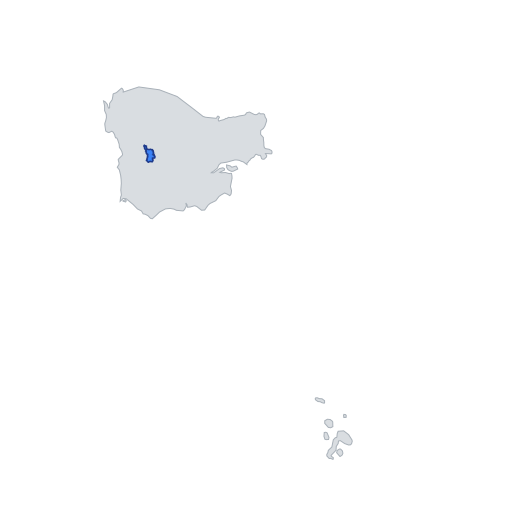 location of Quijos, Napo, Ecuador, rotated 237°
{"feature_id": "8360857B2766573114879", "entity_name": "Quijos", "entity_type": "district", "adm_level": 2, "iso_a3": "ECU", "parent_name": "Ecuador", "parent_adm1": "Napo", "projection": "mercator", "projection_center": [-77.926, -0.452], "detail": "fine", "context": "in_parent", "style": "filled", "palette": "blue", "viewbox_px": 512, "rotation_deg": 237, "n_neighbors": 0, "source": "geoboundaries", "source_scale": "gbopen_adm2", "svg_char_len": 6527}
<svg xmlns="http://www.w3.org/2000/svg" viewBox="0 0 512 512"><g transform="rotate(237 256 256)"><path d="M469.1,212.6L467.6,213.5L464.1,213.9L461.2,213.0L460.1,213.0L460.0,213.9L463.7,216.3L465.4,220.5L468.0,223.0L469.6,224.3L469.7,225.2L469.2,226.9L469.1,228.3L470.0,234.6L469.4,235.0L467.4,235.0L465.8,233.9L461.6,249.8L448.0,265.5L432.7,276.7L414.9,283.1L401.9,287.6L399.8,289.3L393.4,297.3L393.1,298.0L394.0,299.4L394.1,300.3L393.1,300.8L392.3,300.9L391.9,300.4L391.7,299.5L390.8,298.5L389.8,298.2L389.2,298.5L389.2,299.4L387.8,303.6L387.8,305.7L387.2,306.5L387.3,308.4L385.9,310.1L384.9,313.0L383.9,313.9L382.5,318.4L380.5,322.8L380.3,324.3L381.0,325.4L381.2,326.2L380.3,328.9L375.7,331.6L374.5,332.9L374.1,334.4L374.4,335.7L374.2,336.7L372.8,337.1L371.3,339.6L370.1,340.2L367.3,339.3L365.1,339.3L363.5,338.5L360.2,334.3L359.0,331.8L358.7,328.3L355.5,326.1L351.3,326.7L350.1,325.9L347.0,324.4L344.4,322.8L342.4,322.0L340.9,322.4L338.4,325.1L336.0,326.4L335.0,326.3L333.6,325.5L333.3,324.5L336.8,319.7L334.2,319.6L333.3,318.6L333.2,317.4L332.7,316.1L333.3,314.5L334.6,313.7L336.7,314.3L338.1,314.4L339.1,312.9L341.0,311.8L341.4,311.0L340.4,308.7L340.1,307.4L340.4,306.7L340.3,304.1L339.7,303.2L339.6,301.7L339.1,301.0L338.9,299.2L337.6,298.2L341.9,296.6L343.4,295.3L345.3,294.1L347.0,292.2L348.1,290.5L350.7,282.3L353.1,277.1L352.7,274.6L350.7,271.3L350.2,266.4L350.4,264.9L350.2,263.8L348.8,265.8L349.2,273.1L348.0,276.3L346.3,277.1L345.3,276.5L345.9,271.2L344.7,272.2L342.7,275.8L339.6,278.5L339.4,279.3L338.6,280.4L336.2,279.4L334.3,278.3L328.2,272.4L324.2,271.1L321.7,269.0L321.2,268.1L320.9,266.9L323.4,265.7L325.9,264.0L326.2,260.3L326.1,257.4L324.3,252.4L325.1,245.9L324.7,243.4L322.5,238.0L324.1,235.2L329.8,233.3L331.6,231.9L332.9,227.6L334.2,225.1L336.7,226.1L338.7,226.0L336.0,225.0L333.8,221.2L333.5,219.4L337.7,214.1L339.9,212.8L342.6,210.0L344.8,205.8L345.4,199.1L344.5,194.4L343.7,189.3L345.1,188.0L348.6,187.4L351.4,185.8L352.8,184.3L356.1,184.5L360.0,182.2L366.2,181.0L374.7,178.3L376.6,176.0L375.8,171.8L379.0,174.4L380.4,176.3L384.9,178.5L390.1,182.5L393.5,184.5L397.3,186.4L402.7,188.3L406.0,188.0L407.4,190.9L408.6,191.8L411.7,192.8L412.1,193.2L413.3,198.7L414.0,199.5L416.7,200.4L420.0,200.7L421.3,200.5L424.2,202.1L428.8,203.3L430.4,203.5L431.1,203.3L431.4,202.7L432.7,202.8L434.7,203.5L437.5,203.7L439.2,203.0L439.6,199.9L440.3,199.2L442.3,198.1L443.3,198.3L448.6,200.8L449.7,201.6L451.0,203.3L453.5,205.9L456.2,207.5L460.4,208.2L464.4,210.8L469.1,212.6ZM52.0,209.2L53.6,210.8L54.5,215.6L59.7,220.7L60.4,223.5L59.9,224.8L60.2,225.3L62.7,227.3L64.3,229.4L61.6,234.3L55.7,236.4L49.4,236.3L48.2,235.8L46.5,233.9L46.2,232.3L47.1,230.7L50.4,228.2L55.3,226.1L55.9,224.4L54.0,222.8L52.6,219.6L49.5,217.3L47.9,210.4L46.9,210.1L44.8,211.0L43.7,210.2L43.5,209.8L45.8,208.2L46.3,207.1L49.7,206.5L51.1,207.4L52.0,209.2ZM76.5,229.9L75.1,230.0L71.0,227.5L71.3,225.0L72.9,223.3L78.2,222.5L80.4,224.0L80.2,227.0L78.4,229.2L77.0,229.6L76.5,229.9ZM342.6,287.4L342.1,288.4L339.6,288.3L338.9,288.0L339.5,283.2L340.2,281.7L342.2,280.2L343.9,279.5L346.1,279.6L348.4,280.9L345.7,283.4L343.6,284.1L342.6,287.4ZM48.0,221.8L45.4,222.3L43.2,221.4L42.2,220.0L42.0,217.9L42.2,217.2L47.1,216.5L48.7,218.2L48.7,220.8L48.0,221.8ZM100.3,233.6L97.3,234.7L95.6,233.6L95.4,233.0L97.1,231.4L98.8,230.5L100.2,228.7L103.0,227.6L103.8,227.8L104.3,228.2L104.5,228.8L103.6,230.3L101.9,231.4L100.3,233.6ZM70.2,218.5L69.0,219.3L64.1,218.4L62.6,216.9L63.8,214.8L64.8,214.0L67.8,214.8L70.8,217.1L70.2,218.5ZM74.1,244.8L73.1,244.8L71.6,243.7L72.7,241.7L74.8,242.7L75.3,243.5L74.1,244.8ZM374.5,177.1L373.0,177.3L372.3,176.1L374.1,174.6L374.7,174.3L374.5,177.1Z" fill="#d9dde1" stroke="#a8b0b8" stroke-width="1"/><path d="M407.9,223.9L408.0,223.8L408.1,223.7L408.3,223.5L408.4,223.4L408.6,223.4L408.8,223.2L409.0,223.0L409.2,222.9L409.4,222.8L409.5,222.8L409.7,222.7L409.5,222.4L409.5,222.2L409.4,222.0L409.4,221.9L409.2,221.8L409.0,222.0L408.7,221.9L408.3,221.9L408.2,221.9L408.0,221.6L407.9,221.6L407.6,221.6L407.3,221.6L407.2,221.5L407.2,221.3L407.1,221.2L406.8,221.1L406.7,221.2L406.4,221.2L406.2,221.1L405.9,221.1L405.7,221.1L405.4,221.1L405.1,221.2L404.9,221.2L404.7,221.1L404.4,221.2L404.3,221.3L404.2,221.3L404.1,221.2L403.9,220.9L403.7,220.8L403.6,220.7L403.3,220.7L403.3,220.8L403.2,220.8L403.0,220.7L402.9,220.7L402.7,220.5L402.8,220.4L402.7,220.4L402.4,220.2L402.1,220.1L401.8,219.9L401.7,219.9L401.7,220.0L401.4,220.0L401.2,220.2L401.0,220.3L400.9,220.3L400.6,220.3L400.4,220.5L400.2,220.6L400.0,220.4L399.9,220.2L399.9,219.9L399.7,219.9L399.4,219.8L399.2,219.8L398.9,219.8L398.7,219.7L398.6,219.4L398.4,219.3L398.3,219.1L398.2,218.8L398.2,218.7L397.9,218.6L397.5,218.6L397.4,218.4L397.4,218.2L397.3,217.9L397.2,217.8L397.0,217.7L396.9,217.6L396.7,217.4L396.7,217.2L396.4,217.0L396.2,217.1L396.1,216.8L396.0,216.6L395.9,216.4L395.9,216.2L395.7,216.1L395.3,216.4L395.2,216.4L395.1,216.5L394.9,216.5L394.7,216.5L394.4,216.5L394.2,216.5L393.6,216.6L393.4,216.7L393.4,216.8L393.2,217.0L393.3,217.4L393.2,217.5L393.2,217.9L393.2,218.0L393.1,218.5L392.9,218.5L392.7,218.9L392.6,219.1L392.6,219.3L392.4,219.3L392.3,219.5L392.1,219.7L391.9,219.8L391.9,220.0L391.7,220.3L391.5,220.5L391.7,220.8L391.8,220.9L391.9,221.0L392.0,221.1L392.1,221.3L392.1,221.5L392.5,221.9L392.9,222.0L393.0,221.8L393.4,221.8L394.5,222.5L394.4,222.8L394.1,223.0L393.9,223.5L393.8,223.9L393.7,224.0L393.7,224.3L393.4,224.4L393.4,224.5L393.5,224.7L393.7,224.8L393.8,224.8L393.9,225.0L394.1,225.2L394.3,225.3L394.5,225.4L394.6,225.5L394.8,225.3L395.1,225.2L395.3,225.1L395.5,225.2L395.7,225.5L395.8,225.5L396.0,225.6L396.3,225.6L396.5,225.5L396.9,225.5L396.9,225.4L397.0,225.5L397.2,225.4L397.2,225.5L397.3,225.4L397.3,225.5L397.3,225.4L397.5,225.5L397.8,225.6L398.0,225.8L398.3,225.9L398.3,226.0L398.5,226.1L398.6,226.3L398.8,226.4L398.8,226.5L399.1,226.5L399.3,226.6L399.5,226.6L399.7,226.8L399.8,226.9L399.8,227.0L400.0,227.1L400.3,227.1L400.5,227.0L400.5,226.9L400.6,226.7L400.8,226.5L401.0,226.6L401.2,226.8L401.3,227.0L401.5,227.1L401.8,226.9L401.9,226.6L402.0,226.4L402.3,226.2L402.5,226.0L402.6,225.9L402.8,225.8L402.9,225.7L403.0,225.6L403.2,225.4L403.2,225.2L403.2,224.9L403.3,224.7L403.4,224.4L403.5,224.3L403.5,224.2L403.8,223.9L404.0,223.8L404.0,223.7L404.2,223.4L404.3,223.3L404.5,223.3L404.7,223.2L404.8,223.2L405.0,222.9L405.0,222.7L405.4,222.6L405.5,222.8L406.0,222.9L406.2,223.0L406.3,223.1L406.5,223.2L406.6,223.3L406.9,223.5L407.0,223.5L407.3,223.5L407.5,223.6L407.8,223.8L407.9,223.9Z" fill="#3b82f6" stroke="#1e3a8a" stroke-width="1.5"/></g></svg>